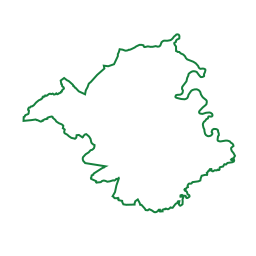 outline of Mexticacán, Jalisco, Mexico, rotated 263°
{"feature_id": "50627088B62341505788280", "entity_name": "Mexticacán", "entity_type": "district", "adm_level": 2, "iso_a3": "MEX", "parent_name": "Mexico", "parent_adm1": "Jalisco", "projection": "natural_earth1", "projection_center": [-102.764, 21.278], "detail": "fine", "context": "isolated", "style": "outline", "palette": "green", "viewbox_px": 256, "rotation_deg": 263, "n_neighbors": 0, "source": "geoboundaries", "source_scale": "gbopen_adm2", "svg_char_len": 5811}
<svg xmlns="http://www.w3.org/2000/svg" viewBox="0 0 256 256"><g transform="rotate(263 128 128)"><path d="M185.4,70.7L183.3,67.0L179.6,67.2L179.4,67.7L177.4,67.8L176.4,68.9L175.6,69.2L174.9,69.2L173.4,67.1L172.8,66.8L172.3,66.8L172.1,65.8L171.4,65.6L171.2,64.8L170.9,64.5L170.8,63.3L170.4,63.0L170.1,62.1L170.2,61.7L171.1,61.0L170.4,60.0L170.2,58.6L171.3,57.5L171.2,57.2L171.0,55.9L171.5,54.9L171.5,54.3L171.4,53.8L169.9,51.2L170.4,49.8L169.4,49.1L169.1,47.5L169.4,47.4L169.1,47.0L168.3,46.8L167.7,46.3L167.6,45.6L167.0,45.1L166.4,42.9L164.5,39.9L162.0,37.2L161.6,36.5L161.6,36.1L161.2,35.6L161.2,34.3L160.3,33.3L160.4,32.3L159.7,31.6L158.8,31.1L157.9,31.2L157.7,31.7L157.2,31.8L154.6,31.1L154.1,30.7L153.9,30.2L153.4,28.1L152.9,27.3L151.9,26.9L151.6,25.8L147.8,25.2L147.6,33.1L147.7,37.5L147.0,38.2L146.9,39.0L145.1,41.9L145.0,42.4L145.5,44.2L145.9,44.1L146.9,46.8L146.8,48.3L147.0,49.1L148.0,49.3L148.5,51.4L148.7,53.8L148.0,54.6L147.3,54.6L144.8,56.9L143.2,57.6L141.1,60.1L139.8,62.5L138.8,63.6L138.2,64.0L137.9,63.8L137.5,63.9L136.3,63.6L135.8,63.3L134.2,65.0L132.1,64.2L131.2,64.2L130.5,64.5L128.7,67.0L127.1,68.3L125.1,70.6L124.1,73.4L124.1,74.1L123.9,74.2L124.5,75.2L125.1,75.6L127.1,76.1L127.1,78.4L124.2,81.7L124.5,82.2L125.7,83.0L126.8,84.5L127.0,85.8L126.4,86.4L124.3,88.3L121.7,89.5L118.4,89.8L117.3,90.2L116.7,90.8L115.8,91.6L115.2,92.7L113.9,92.5L112.2,91.8L111.5,91.0L110.7,89.7L110.5,88.1L108.6,86.0L107.1,82.8L104.5,79.8L103.5,79.4L102.0,79.3L100.3,79.8L99.6,80.5L98.4,81.2L92.7,101.1L92.1,99.5L91.8,99.4L91.5,97.9L90.2,95.1L87.0,88.5L86.3,87.9L85.8,87.8L85.4,86.2L83.5,85.6L82.9,85.1L82.0,85.2L79.1,89.9L78.0,89.7L77.6,90.1L77.7,91.7L77.6,92.3L77.6,94.4L78.6,95.9L78.8,97.6L78.2,99.3L77.2,100.9L77.3,103.6L77.9,106.9L77.5,107.9L77.9,109.1L78.9,110.2L78.7,111.5L79.5,112.7L79.2,112.8L78.3,112.4L72.4,109.5L66.0,107.3L62.1,104.4L61.6,105.1L60.0,106.1L59.7,108.3L59.8,109.4L59.1,109.4L59.1,109.9L57.5,109.9L56.4,113.3L55.0,113.3L52.8,114.1L52.0,116.9L51.2,125.2L52.2,125.3L54.4,126.3L55.9,129.0L52.3,130.4L50.2,130.8L50.1,132.0L45.9,134.9L44.4,135.5L43.9,137.6L44.8,139.2L43.4,141.5L41.5,143.6L41.1,144.5L41.1,145.6L41.8,147.4L43.1,148.5L43.0,149.7L42.2,149.7L41.7,149.3L41.2,149.6L41.1,152.0L41.8,151.8L42.3,152.0L42.7,152.5L42.7,153.4L43.0,153.8L42.9,155.0L43.3,155.2L43.4,155.8L42.7,157.0L42.5,157.9L43.1,159.4L44.0,160.5L43.4,161.9L43.4,162.6L46.6,165.7L47.1,166.4L47.6,167.9L49.0,168.5L49.2,169.4L49.1,170.1L46.5,169.2L46.0,169.2L44.8,169.9L44.5,170.6L45.4,172.4L45.7,172.8L48.2,173.3L50.5,173.4L52.5,174.5L53.2,174.5L53.4,174.2L53.3,172.2L53.4,171.7L54.1,171.7L54.8,172.0L55.0,173.4L54.1,174.5L53.8,176.3L53.3,177.0L51.8,177.3L51.4,177.7L51.3,178.6L52.3,180.5L52.5,180.7L53.6,180.7L54.2,180.2L54.9,179.1L57.6,178.6L58.3,177.8L58.6,177.7L58.6,177.2L59.5,176.6L60.0,176.5L60.5,176.9L60.2,177.8L61.7,179.0L62.0,180.3L63.8,180.2L65.2,181.4L65.4,182.1L65.1,183.4L65.2,184.2L66.4,185.4L66.5,191.4L67.1,193.4L69.1,194.0L71.6,195.3L72.1,198.8L71.8,200.7L72.7,201.1L74.0,200.8L74.5,201.7L75.4,202.3L75.8,203.9L76.6,203.7L77.2,204.3L77.1,205.7L75.4,205.8L74.8,206.5L74.7,207.2L75.5,208.9L75.1,210.9L75.7,211.8L75.2,212.7L75.2,213.3L75.6,213.8L76.8,213.9L77.7,214.3L77.9,214.8L78.2,217.7L80.2,219.1L80.3,219.6L80.0,220.1L79.8,220.8L81.2,222.5L81.3,227.4L81.8,228.9L82.7,229.4L83.7,229.3L83.3,227.4L83.6,226.7L84.0,226.4L84.7,227.1L85.3,229.2L87.3,230.8L90.2,229.7L92.6,228.2L94.4,227.8L95.4,227.9L95.9,228.2L97.3,230.5L98.4,230.4L99.7,229.8L100.9,228.3L102.3,227.4L103.3,225.3L103.6,223.5L103.4,218.4L103.6,217.2L104.2,215.9L104.8,215.5L105.6,215.5L108.7,216.3L109.8,217.3L111.7,217.4L113.1,217.0L114.8,217.0L115.5,216.5L116.3,215.1L116.6,213.1L116.0,211.6L113.9,210.5L112.6,211.1L111.7,210.9L110.7,209.9L110.2,208.9L110.0,207.1L110.3,206.0L111.4,204.6L112.9,203.8L115.6,203.5L117.2,203.6L119.3,202.9L122.2,202.7L123.3,203.0L124.9,204.1L125.7,205.5L127.2,206.8L127.7,208.4L129.5,209.2L129.7,209.8L129.2,211.5L129.2,212.5L129.9,213.3L131.0,213.4L131.7,213.2L133.0,211.9L133.5,210.6L133.6,207.3L132.9,203.7L133.3,202.1L133.7,201.1L134.5,200.5L135.3,200.5L136.3,201.1L139.3,204.7L141.2,207.7L142.0,208.7L144.2,209.4L145.4,209.4L146.2,209.0L149.2,206.1L150.2,205.5L152.4,204.5L154.9,204.1L156.0,203.5L157.0,202.7L158.0,201.0L158.2,198.8L157.8,196.5L157.0,195.1L153.6,192.1L152.0,191.5L150.5,190.5L149.9,189.3L149.6,187.8L150.3,184.3L151.8,180.4L152.3,179.4L152.9,178.9L153.5,178.9L154.7,179.7L154.9,181.0L154.7,183.8L155.2,185.3L156.4,186.5L158.5,187.1L160.2,186.4L161.9,186.7L162.5,187.1L167.2,191.7L170.6,192.9L172.7,194.3L173.8,194.5L174.5,195.0L175.7,197.0L176.3,198.6L176.4,199.7L176.1,201.3L175.3,203.0L171.7,205.0L169.8,206.3L169.6,206.9L169.6,208.2L170.1,209.7L170.4,209.9L172.2,210.0L174.1,211.2L176.0,211.9L176.8,211.8L177.6,210.6L177.9,209.3L177.9,207.2L178.4,206.3L179.4,205.6L181.0,205.2L184.0,203.1L185.8,200.9L188.9,195.1L190.5,193.9L192.1,193.4L194.1,191.9L195.7,189.3L197.2,188.2L197.5,186.4L198.3,185.8L198.6,185.1L203.0,185.6L205.2,184.4L206.4,184.2L206.9,184.4L207.6,186.0L208.7,186.3L209.6,187.0L210.6,189.8L212.7,190.2L213.7,190.1L214.5,189.6L214.9,188.7L214.9,187.4L214.2,186.6L213.1,184.8L211.4,183.2L210.4,181.8L210.0,180.7L209.8,177.8L210.3,174.4L210.0,173.3L209.1,171.8L205.9,170.1L205.2,169.0L205.1,168.3L205.1,167.4L205.9,165.5L205.6,162.5L205.8,160.3L206.6,157.7L206.3,154.6L206.4,154.1L207.0,153.6L208.2,153.4L208.9,151.5L209.1,149.5L208.0,146.1L207.1,144.5L205.8,140.7L205.4,139.1L205.6,138.4L205.1,137.1L205.0,136.0L205.1,134.7L206.4,132.2L207.2,129.3L204.5,128.2L202.5,126.9L200.6,126.7L193.0,121.9L191.7,115.9L192.8,111.6L189.9,111.8L184.5,103.9L178.3,96.8L176.8,94.5L173.4,92.8L170.5,90.7L166.7,89.5L170.4,83.6L174.3,80.8L174.6,80.1L176.0,79.6L176.3,78.8L177.6,78.6L180.8,75.8L181.9,74.8L182.7,73.4L185.4,70.7Z" fill="none" stroke="#15803d" stroke-width="2"/></g></svg>